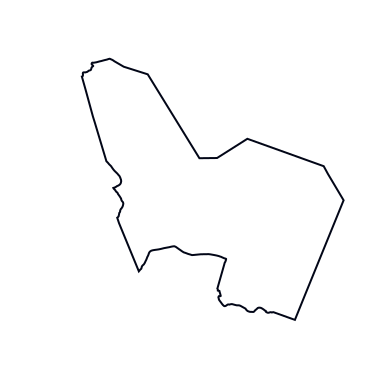 Taulabe, Comayagua, Honduras, rotated 291°
{"feature_id": "27666195B46005131059519", "entity_name": "Taulabe", "entity_type": "district", "adm_level": 2, "iso_a3": "HND", "parent_name": "Honduras", "parent_adm1": "Comayagua", "projection": "robinson", "projection_center": [-87.98, 14.75], "detail": "fine", "context": "isolated", "style": "outline", "palette": "ink", "viewbox_px": 384, "rotation_deg": 291, "n_neighbors": 0, "source": "geoboundaries", "source_scale": "gbopen_adm2", "svg_char_len": 5475}
<svg xmlns="http://www.w3.org/2000/svg" viewBox="0 0 384 384"><g transform="rotate(291 192 192)"><path d="M141.2,131.4L136.8,135.0L98.9,170.8L101.0,171.5L102.1,172.1L103.2,172.1L104.0,171.9L105.1,172.0L105.9,172.3L107.0,172.9L107.7,173.1L108.5,173.2L108.7,173.3L110.5,173.4L112.5,173.6L115.5,173.6L116.9,173.8L118.4,173.8L119.3,173.7L120.3,173.8L121.3,174.1L122.6,175.0L123.7,176.5L124.8,178.4L125.5,179.7L126.4,181.3L127.6,183.2L128.5,184.5L129.5,185.9L131.4,189.0L132.3,190.5L133.5,192.2L134.4,193.7L135.0,194.9L135.0,196.4L134.7,197.6L133.9,200.7L133.5,202.4L133.2,203.4L132.7,205.8L132.8,208.1L132.8,210.6L133.0,212.8L133.1,214.6L133.8,216.1L136.9,222.3L137.2,223.0L137.4,223.5L137.9,224.7L139.2,228.0L139.9,229.6L140.0,230.0L140.1,230.4L140.4,231.6L140.8,233.7L141.3,236.4L141.5,237.6L141.6,238.3L141.7,239.3L141.8,239.9L141.8,241.2L141.9,242.5L141.8,243.3L141.7,245.4L141.7,246.1L141.8,247.1L141.8,247.4L141.7,247.7L141.7,247.8L141.2,248.0L140.9,248.0L140.2,248.1L139.3,248.1L138.7,248.1L137.8,247.9L137.5,247.9L137.1,247.9L136.7,248.0L110.9,250.3L110.8,250.5L110.6,250.7L110.5,250.8L110.4,251.0L110.2,251.1L109.9,251.2L109.6,251.3L109.3,251.4L109.3,251.5L109.2,251.7L109.2,251.9L109.3,252.3L109.4,252.7L109.5,252.9L109.5,253.0L109.4,253.1L109.2,253.3L108.8,253.5L108.3,253.8L107.5,254.5L106.6,255.1L105.9,255.7L105.7,255.8L105.3,256.0L105.2,255.9L104.8,255.6L104.7,255.3L104.7,255.0L104.6,254.9L104.5,254.7L104.4,254.6L104.3,254.4L104.2,254.4L103.8,254.3L103.3,254.4L103.1,254.4L101.5,255.6L101.2,255.7L101.1,255.9L100.6,256.5L99.8,257.8L99.1,258.9L98.0,260.6L97.8,261.1L97.5,261.5L97.4,261.9L97.2,262.4L97.1,262.6L97.1,262.8L97.1,263.1L97.1,263.3L97.3,263.7L97.5,264.0L98.0,264.5L98.3,264.7L98.9,265.1L99.5,265.5L99.8,265.8L100.0,266.1L100.1,266.5L100.2,266.8L100.2,267.0L100.3,267.1L100.4,267.4L101.0,268.2L101.4,268.9L101.6,269.3L101.7,269.6L102.0,272.6L102.2,274.1L102.3,274.6L102.5,275.0L102.6,275.4L102.8,275.9L102.9,276.1L103.0,276.4L103.0,276.7L103.1,277.0L103.1,277.4L103.1,277.7L103.1,278.0L102.3,283.7L102.2,283.8L101.9,284.3L101.7,284.5L101.3,285.3L101.1,285.7L101.0,286.0L100.9,286.4L100.8,286.6L100.8,287.2L100.8,287.5L100.8,287.9L100.8,288.3L100.9,288.8L100.9,289.1L101.0,289.4L101.4,290.4L101.6,291.2L101.8,291.7L102.0,292.2L102.1,292.4L102.2,292.5L102.3,292.6L102.5,292.7L103.1,293.0L103.7,293.2L104.3,293.4L105.3,294.0L106.3,294.5L106.9,294.8L107.2,294.9L107.3,295.0L107.6,295.4L107.8,295.6L108.0,295.9L108.1,296.3L108.3,296.7L108.4,297.1L108.4,297.4L108.5,297.8L108.5,298.2L108.4,298.6L108.4,299.1L108.2,300.0L108.0,300.9L107.9,301.3L107.6,302.1L107.5,302.4L107.4,302.7L107.5,303.1L107.5,303.3L107.4,303.5L107.2,303.7L106.9,303.7L106.8,303.8L106.7,303.9L106.6,304.1L106.5,304.4L106.5,304.8L106.4,305.3L106.4,305.8L106.5,306.0L106.6,306.5L106.8,306.9L107.0,307.2L107.2,307.4L107.5,307.7L107.6,307.9L107.8,308.2L108.0,308.6L108.1,308.8L108.1,309.1L108.1,309.3L108.1,309.5L108.3,310.0L108.6,310.4L108.8,310.6L109.0,311.1L109.0,311.3L109.0,311.5L109.0,311.8L109.5,333.9L136.9,334.4L238.6,336.5L257.6,312.4L263.3,305.7L261.5,224.6L232.7,203.2L226.2,186.8L286.0,108.5L284.5,83.4L286.2,72.9L286.3,72.3L286.5,71.8L286.6,71.3L286.7,70.7L286.8,70.1L286.8,69.1L286.9,68.4L286.9,68.0L286.9,67.8L286.9,67.6L286.8,67.2L286.6,67.0L286.3,66.5L285.2,65.2L283.9,63.3L282.9,61.9L281.7,60.3L280.8,58.9L280.5,58.5L278.8,56.2L277.4,53.8L277.3,53.6L277.2,53.0L277.0,52.7L276.9,52.5L276.7,52.4L276.3,52.3L276.0,52.3L275.6,52.4L275.4,52.5L275.2,52.7L275.0,53.2L274.8,53.6L274.6,54.1L274.5,54.3L274.4,54.5L274.2,54.6L273.9,54.5L273.8,54.4L273.5,54.2L273.2,54.0L272.6,53.8L272.2,53.7L271.8,53.7L271.3,53.8L270.8,53.8L270.2,53.8L269.8,53.8L269.7,53.7L269.4,53.6L268.8,52.9L268.6,52.6L268.4,52.3L268.3,52.2L268.2,52.1L267.6,51.8L266.9,51.3L266.6,51.1L266.3,50.8L266.0,50.3L265.5,49.7L265.4,49.4L265.2,48.9L265.1,48.5L264.8,47.9L264.6,47.7L264.4,47.5L264.2,47.5L263.9,47.5L263.3,47.7L262.4,48.2L262.0,48.3L261.6,48.4L261.1,48.4L260.9,48.4L260.6,48.3L260.5,48.2L260.3,48.1L260.2,47.9L249.5,55.9L226.9,72.5L222.1,76.3L190.0,101.1L189.7,101.8L189.6,102.1L188.9,103.5L188.4,104.3L188.1,104.9L187.6,106.1L187.1,107.2L186.9,107.6L186.6,107.9L186.2,108.4L186.0,108.8L185.5,109.5L184.8,110.6L184.3,111.5L183.8,112.5L183.5,113.2L183.3,113.7L183.0,114.4L182.8,114.8L182.5,115.6L182.3,116.0L181.9,116.6L181.4,117.6L181.0,118.4L180.8,118.7L180.6,118.9L180.4,119.1L180.2,119.3L179.9,119.7L178.9,120.5L178.3,121.1L178.2,121.2L177.3,121.7L176.8,122.0L176.6,122.0L176.3,122.1L175.6,122.2L175.2,122.3L174.7,122.3L174.1,122.2L173.8,122.2L173.6,122.1L173.2,122.0L172.9,121.8L172.0,121.2L171.8,121.1L171.3,120.6L170.7,119.9L170.3,119.7L170.1,119.6L169.9,119.4L169.6,119.2L169.3,118.9L168.9,118.7L168.7,118.4L168.3,118.0L168.1,117.7L167.6,117.1L167.3,117.4L167.2,117.5L166.3,119.4L166.1,119.9L166.0,120.0L165.7,120.3L165.5,120.5L165.2,121.0L165.0,121.4L164.9,121.7L164.8,122.0L164.8,122.3L164.7,122.5L164.3,123.0L163.9,123.4L163.7,123.5L162.2,125.8L160.4,128.2L160.2,128.3L159.8,128.5L159.3,128.9L159.0,129.2L158.8,129.4L158.5,129.8L158.2,130.3L158.1,130.5L157.8,131.1L157.7,131.2L157.5,131.4L157.1,131.7L156.4,132.1L156.2,132.1L155.1,132.3L154.3,132.4L153.9,132.4L153.6,132.4L153.2,132.4L152.3,132.2L151.2,132.0L151.1,131.9L150.7,131.7L149.9,131.6L149.2,131.6L148.9,131.6L148.5,131.8L148.3,131.8L147.9,131.9L147.6,131.9L147.4,131.9L146.2,131.6L145.6,131.8L144.5,132.0L143.4,132.1L142.9,132.2L142.7,132.1L142.4,132.0L141.8,131.8L141.2,131.4Z" fill="none" stroke="#020617" stroke-width="2"/></g></svg>